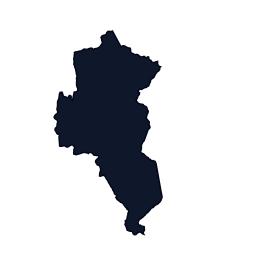 Piraí do Sul, Paraná, Brazil, rotated 51°
{"feature_id": "56859067B71584283665697", "entity_name": "Piraí do Sul", "entity_type": "district", "adm_level": 2, "iso_a3": "BRA", "parent_name": "Brazil", "parent_adm1": "Paraná", "projection": "orthographic", "projection_center": [-49.926, -24.444], "detail": "fine", "context": "isolated", "style": "filled", "palette": "ink", "viewbox_px": 256, "rotation_deg": 51, "n_neighbors": 0, "source": "geoboundaries", "source_scale": "gbopen_adm2", "svg_char_len": 5018}
<svg xmlns="http://www.w3.org/2000/svg" viewBox="0 0 256 256"><g transform="rotate(51 128 128)"><path d="M42.9,79.0L42.6,80.0L42.0,80.9L40.8,82.1L40.3,83.0L40.5,84.4L41.4,85.9L41.6,86.8L40.9,87.9L40.2,89.7L40.3,91.1L40.7,92.0L42.4,92.6L43.9,93.5L45.1,93.7L46.0,94.8L46.6,96.7L47.2,98.8L46.9,100.9L46.6,102.0L45.9,103.2L45.4,104.0L45.4,105.4L43.6,105.7L42.8,106.2L42.0,107.7L41.5,109.1L41.2,110.2L40.7,110.9L39.2,112.2L38.9,113.1L38.7,114.4L38.9,115.7L38.1,116.7L37.3,118.2L36.6,119.9L35.8,121.0L35.6,122.2L36.7,122.6L37.2,123.6L38.3,124.5L39.8,126.2L40.6,126.9L41.8,127.7L42.8,128.3L43.7,129.3L44.4,130.0L45.4,130.1L46.3,130.6L47.2,131.0L48.8,131.5L49.7,131.9L51.0,132.6L52.5,133.4L53.8,134.2L55.3,134.6L56.3,135.8L57.2,137.0L58.4,137.5L59.6,138.8L61.0,139.9L62.0,140.8L63.7,141.6L65.9,142.3L67.0,143.2L67.4,144.3L67.3,145.6L66.2,147.2L68.1,149.5L69.4,151.1L71.6,153.7L70.4,154.3L69.6,154.0L68.2,152.6L67.3,152.2L66.4,152.5L65.8,153.2L66.4,154.6L66.7,155.9L65.3,156.5L62.6,158.3L61.1,157.6L59.5,156.9L58.6,156.8L58.9,157.7L57.6,158.2L58.1,159.4L59.3,160.8L60.2,161.7L61.2,162.6L61.6,163.4L62.3,164.3L62.8,165.6L64.0,166.9L64.7,167.4L65.6,168.1L66.9,169.3L67.9,170.5L68.8,171.5L70.1,172.0L71.2,172.2L72.0,173.4L72.2,174.5L72.0,175.8L72.3,176.8L72.5,177.8L73.5,178.8L74.7,178.9L75.9,178.5L77.0,178.2L78.3,178.2L79.0,178.9L80.1,180.2L80.9,181.2L81.7,181.7L82.3,182.7L82.5,184.8L83.8,186.1L84.8,186.2L85.7,186.2L87.3,186.7L88.5,186.5L89.5,185.3L90.5,185.9L91.2,186.9L92.0,187.6L99.1,192.5L100.2,191.4L100.8,190.4L101.3,189.2L101.9,188.2L102.8,188.2L104.0,187.7L104.9,186.8L105.1,185.7L105.2,183.8L105.6,182.5L106.3,181.6L107.4,181.7L108.9,181.4L109.9,182.1L110.7,183.6L111.8,184.5L112.8,185.6L114.2,186.5L116.1,185.1L117.5,182.0L118.1,180.4L119.1,177.6L119.8,176.9L120.9,176.2L121.3,175.2L122.8,175.0L122.8,173.0L123.5,172.4L124.5,171.8L125.8,171.5L126.9,171.7L127.8,171.4L129.0,170.3L130.0,169.4L130.8,168.4L132.0,168.4L132.6,169.6L132.8,172.6L133.0,173.5L133.7,174.4L135.0,174.8L136.2,174.8L137.3,175.1L138.1,174.5L139.0,174.1L140.0,174.0L141.4,174.6L143.0,175.2L144.2,176.6L144.8,177.7L145.5,178.5L146.2,179.3L147.4,180.3L148.3,179.6L148.5,178.1L149.6,176.6L151.0,176.3L152.3,176.3L153.8,176.8L154.9,176.9L155.8,176.7L156.8,177.0L158.4,177.5L159.9,177.6L161.6,177.9L162.7,178.2L164.1,178.1L165.3,178.2L166.5,178.9L167.6,178.8L168.5,179.1L169.5,179.3L170.8,179.9L172.5,179.2L173.9,179.8L174.4,181.2L176.0,181.4L177.1,181.3L178.4,181.1L179.8,180.5L180.9,180.6L182.0,179.8L183.5,179.4L185.0,179.6L186.7,179.6L188.3,179.7L189.7,179.4L190.5,179.9L191.6,179.3L192.6,179.7L193.7,180.2L194.2,181.8L195.2,182.4L196.3,184.2L197.4,185.2L198.1,186.2L198.6,187.6L198.5,188.7L199.9,189.2L201.0,191.0L203.8,191.7L204.6,191.9L205.6,192.4L206.9,192.9L208.3,192.1L209.4,191.5L210.2,190.4L211.3,189.8L213.4,190.5L214.8,190.3L215.8,189.1L215.5,187.3L216.0,184.4L217.4,183.6L219.2,183.3L220.4,182.6L219.1,182.4L218.2,180.8L217.9,179.7L217.1,179.0L215.9,178.2L214.9,177.5L214.0,178.1L213.1,179.0L212.2,179.3L211.3,179.5L210.7,180.8L209.3,180.4L207.8,179.8L207.1,178.7L206.8,177.8L206.1,176.7L206.6,175.4L206.5,173.6L206.6,172.0L206.4,170.9L206.4,169.2L206.0,168.3L206.0,167.1L206.0,165.0L205.6,163.0L205.5,162.0L204.9,160.7L205.3,159.3L205.6,158.2L205.2,157.4L205.3,156.2L205.2,154.6L205.6,153.7L205.8,152.6L205.7,151.5L205.6,150.1L205.1,148.1L204.2,146.8L203.7,145.7L202.9,144.9L202.0,144.3L198.3,142.4L195.2,140.7L176.4,130.3L173.0,128.5L170.9,128.0L170.0,128.6L169.1,129.0L169.0,130.1L167.5,130.4L166.3,130.4L165.0,131.7L164.1,130.9L162.9,131.3L162.0,132.2L161.1,131.8L159.9,132.1L158.8,132.1L157.6,132.3L156.8,132.9L155.9,133.3L154.7,133.3L153.7,132.4L153.0,131.2L152.1,130.3L151.2,129.5L150.3,128.9L149.6,128.2L149.0,126.8L148.5,125.8L148.2,124.9L148.1,123.7L142.7,114.7L142.2,114.0L141.8,113.1L141.9,111.8L141.4,110.6L140.2,109.9L139.0,109.8L138.1,109.0L136.6,107.6L135.3,107.8L133.9,107.7L132.6,107.8L131.2,107.0L130.3,105.7L129.5,104.9L129.3,104.0L128.7,103.0L127.6,101.6L126.6,101.5L125.6,101.4L124.7,100.8L123.6,100.5L122.5,100.6L121.4,101.3L120.4,101.6L119.2,101.5L118.2,102.3L117.4,103.2L116.4,103.8L115.4,104.4L114.1,104.5L112.9,104.4L111.6,104.4L111.2,103.6L110.8,102.4L110.0,101.0L109.3,99.9L109.1,98.2L108.0,96.9L106.8,97.2L105.9,96.9L105.1,95.7L105.5,94.3L106.7,92.9L106.7,91.7L107.0,90.4L107.4,89.1L108.1,88.0L107.4,86.8L108.1,86.3L108.2,85.3L107.3,83.9L106.4,81.9L104.9,80.0L104.7,79.1L104.9,77.8L104.9,75.9L104.2,74.4L103.4,72.8L103.2,71.8L102.7,70.2L102.8,69.2L102.9,68.0L102.3,66.4L101.0,65.2L100.9,64.2L100.1,64.8L98.5,65.2L97.5,64.9L96.4,64.5L95.7,63.8L94.9,63.1L93.9,65.2L93.7,66.2L93.0,67.2L91.6,68.0L90.6,67.7L89.7,67.7L88.7,68.4L87.6,68.3L86.7,67.9L86.0,67.3L85.2,67.7L84.9,69.7L83.9,70.5L83.0,70.0L82.3,70.7L81.2,73.1L79.4,73.8L78.1,74.0L77.1,74.3L76.1,75.2L75.4,76.5L74.2,77.1L73.3,77.2L72.4,78.0L71.1,78.1L69.8,77.7L69.0,76.8L67.9,76.3L67.0,76.2L66.2,77.2L65.2,77.8L64.3,78.2L61.4,79.4L60.9,80.2L60.7,81.8L59.1,82.1L48.3,80.1L43.7,79.2L42.9,79.0Z" fill="#0f172a" stroke="#020617" stroke-width="1.5"/></g></svg>